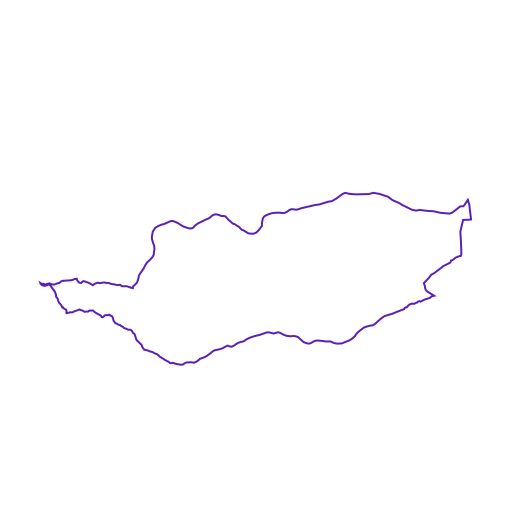 outline of Eftimie Murgu, Caras-Severin, Romania, rotated 112°
{"feature_id": "2599482B78671432327822", "entity_name": "Eftimie Murgu", "entity_type": "district", "adm_level": 2, "iso_a3": "ROU", "parent_name": "Romania", "parent_adm1": "Caras-Severin", "projection": "albers", "projection_center": [22.178, 44.83], "detail": "fine", "context": "isolated", "style": "outline", "palette": "violet", "viewbox_px": 512, "rotation_deg": 112, "n_neighbors": 0, "source": "geoboundaries", "source_scale": "gbopen_adm2", "svg_char_len": 6061}
<svg xmlns="http://www.w3.org/2000/svg" viewBox="0 0 512 512"><g transform="rotate(112 256 256)"><path d="M220.7,88.1L218.3,90.2L211.1,87.4L207.6,86.5L205.5,84.6L200.4,81.5L195.2,78.5L189.3,73.4L187.2,73.4L186.2,72.3L182.4,70.0L179.8,67.2L179.1,66.1L176.9,66.5L172.9,68.2L164.8,71.9L156.8,75.7L144.9,77.5L143.0,72.9L141.6,70.3L128.8,77.3L124.6,80.6L131.0,81.9L132.2,82.5L133.5,85.2L142.3,90.3L144.2,92.5L146.8,101.0L148.1,108.5L149.2,111.6L150.2,114.9L151.1,118.1L151.9,121.4L154.0,124.7L154.7,128.5L153.9,139.5L153.2,143.5L153.1,150.1L151.6,155.7L152.2,165.0L153.5,170.9L156.3,174.6L161.4,186.4L163.3,192.4L164.1,197.0L166.0,198.9L172.9,203.2L176.9,206.4L178.6,209.4L184.5,216.6L186.2,219.7L194.4,231.5L197.5,235.1L198.3,236.7L198.4,237.7L198.7,238.8L199.0,239.8L199.4,240.8L201.5,242.8L202.6,243.3L203.5,243.9L204.4,244.7L205.2,245.5L206.3,247.6L206.8,249.6L207.5,251.6L208.4,253.6L209.3,255.5L210.3,257.1L211.4,258.6L212.6,260.0L213.9,261.3L214.6,262.0L216.5,263.3L218.8,263.7L222.5,263.0L226.1,261.8L231.1,263.2L234.1,264.5L235.8,266.1L236.7,267.6L237.9,271.6L236.9,277.0L237.0,279.1L235.5,282.4L234.5,287.7L234.6,289.6L232.7,295.2L230.7,299.1L230.9,300.1L231.1,301.0L231.4,301.9L231.8,302.8L232.0,307.3L232.6,309.3L234.3,311.4L238.7,313.7L240.9,316.1L247.3,321.8L248.7,322.8L250.1,323.6L251.6,324.3L253.2,324.8L254.6,326.2L255.3,327.9L255.4,328.1L255.7,330.8L255.8,333.5L255.8,335.1L254.8,340.5L254.7,341.3L254.6,343.9L254.7,346.4L255.9,348.5L260.7,353.1L261.9,354.8L262.6,355.6L264.2,357.2L265.1,358.1L267.7,360.0L272.1,360.8L277.0,359.8L279.1,358.9L282.1,356.6L284.9,354.1L288.0,352.6L290.5,352.1L292.9,351.3L295.8,351.6L299.5,353.0L303.1,354.7L306.7,355.3L309.7,355.5L316.2,357.0L318.2,357.2L320.0,356.8L321.8,356.5L323.6,356.4L325.4,356.4L330.7,358.7L331.9,358.2L332.0,358.9L332.3,359.7L332.2,361.6L332.4,362.1L332.3,362.6L332.4,363.8L332.5,364.8L333.4,366.9L333.8,367.6L334.0,368.4L334.2,368.9L334.2,369.4L334.0,370.1L333.7,370.8L333.8,371.6L334.8,373.4L335.1,374.7L335.5,377.1L335.5,377.5L336.2,379.8L336.2,381.2L336.2,382.5L336.6,383.6L337.2,385.4L337.3,386.7L338.0,388.0L339.7,390.6L340.0,392.7L341.4,394.4L342.6,395.4L344.2,396.3L343.6,400.0L343.6,402.0L343.7,403.8L343.6,404.9L344.0,406.3L344.0,406.7L345.1,407.4L346.6,408.0L346.9,409.8L346.7,410.5L346.2,411.6L345.3,412.9L344.2,413.7L344.7,414.4L345.2,415.6L346.2,416.4L347.4,417.8L348.3,419.4L349.6,422.2L351.7,426.4L352.5,427.1L353.3,427.6L354.4,428.0L354.8,428.3L355.1,429.0L355.6,429.7L357.8,432.0L358.5,433.3L358.8,434.6L358.8,437.1L358.9,437.6L359.7,438.6L360.3,439.4L361.0,440.0L361.4,440.7L361.5,441.4L361.4,442.2L361.5,443.0L361.9,443.9L362.0,444.8L361.8,445.9L362.4,445.4L362.9,444.3L363.2,443.3L363.1,442.3L362.9,441.0L362.0,439.5L361.6,439.0L360.7,438.3L359.9,437.3L359.9,437.0L360.3,436.0L361.2,434.3L363.0,431.5L364.1,429.6L365.0,428.6L366.8,427.0L367.3,426.7L368.2,426.3L368.7,426.0L369.5,424.4L370.0,423.8L370.5,423.4L372.1,422.2L373.1,421.2L373.8,419.5L374.7,418.1L375.4,417.1L376.2,416.5L376.2,416.2L375.9,415.7L376.0,415.5L376.5,415.0L376.6,414.6L376.8,413.8L376.8,412.2L377.1,411.7L377.7,411.4L378.2,410.9L379.2,410.8L379.7,410.5L380.0,410.2L378.4,407.9L377.8,407.3L377.2,405.4L376.9,405.0L375.2,403.5L371.6,399.4L371.7,399.2L371.8,398.7L371.6,396.0L371.7,395.4L371.9,394.6L372.0,394.1L371.7,393.7L371.0,392.3L370.6,391.3L370.5,391.0L369.7,390.4L368.8,389.7L368.4,388.4L367.8,387.3L367.6,386.8L367.8,386.2L368.4,384.7L368.7,383.2L369.0,381.1L369.0,380.4L369.3,379.0L369.3,378.1L369.4,377.7L369.7,377.1L370.3,376.3L370.5,376.1L370.3,375.5L369.9,375.0L369.2,374.5L367.9,374.0L367.4,373.7L366.4,371.1L366.2,370.8L365.5,370.3L365.4,370.2L365.4,369.9L365.4,369.5L365.8,368.7L365.7,368.3L365.7,367.4L365.9,366.7L366.3,366.2L366.7,365.8L369.3,363.8L369.7,363.1L370.8,361.5L370.9,361.1L370.9,360.1L371.2,358.3L371.2,357.7L371.0,356.3L371.0,355.8L371.5,354.6L371.5,353.2L371.7,352.5L372.1,351.8L372.2,350.9L372.1,348.8L372.2,347.1L372.1,346.5L371.7,345.5L371.5,344.8L371.5,344.4L371.6,344.0L372.0,342.8L372.8,341.9L373.4,341.1L373.6,340.7L373.7,339.7L373.9,339.4L374.5,338.8L377.4,336.4L378.6,335.3L379.1,334.2L379.9,332.1L381.3,328.8L381.7,328.3L382.6,327.7L383.3,326.9L384.0,325.6L384.8,324.4L384.2,321.5L384.1,320.5L384.2,319.6L384.3,318.4L384.1,318.0L383.9,317.0L383.9,315.1L384.0,314.6L384.2,313.4L384.2,312.3L384.1,311.2L384.1,310.9L384.7,309.2L384.8,308.8L385.4,307.4L385.5,306.4L385.9,304.9L385.9,303.7L386.5,301.8L386.5,300.7L386.8,298.5L386.8,297.5L387.4,295.6L387.4,295.2L386.3,293.2L386.1,292.5L386.1,290.6L385.9,289.2L385.4,287.1L385.3,286.1L385.0,285.2L384.5,284.2L384.2,283.2L383.2,282.6L382.3,282.0L381.5,281.3L380.7,280.5L379.8,278.4L378.8,276.4L378.2,273.6L377.5,272.8L376.4,271.8L375.1,270.8L373.8,270.1L372.3,269.5L371.2,268.1L370.0,266.8L368.7,265.5L367.4,264.4L363.6,262.0L359.8,259.9L358.4,258.3L356.5,255.4L354.3,252.6L353.1,251.7L351.9,250.7L350.7,249.7L349.7,248.6L349.7,247.6L349.7,246.6L349.5,245.6L349.3,244.7L346.8,242.4L345.3,241.6L343.8,240.5L342.5,239.3L339.4,235.2L337.9,234.3L336.5,233.3L335.2,232.2L333.8,230.8L332.3,229.1L330.8,227.3L329.4,225.4L328.1,223.4L323.0,217.6L322.6,217.0L322.2,216.1L321.9,215.1L321.3,210.7L318.4,206.9L318.2,205.1L318.4,203.3L318.6,201.5L318.6,199.7L318.6,197.9L317.6,194.2L316.0,190.9L315.5,188.7L315.4,186.8L318.0,179.6L318.0,178.3L317.9,177.0L317.8,175.7L317.5,174.4L316.6,172.8L313.5,170.4L312.9,169.8L312.1,168.8L311.5,167.7L310.7,165.4L308.9,158.7L308.0,156.8L307.3,154.8L307.5,151.3L306.8,147.7L304.9,143.7L299.0,137.6L298.3,137.1L296.0,135.6L293.6,134.4L292.1,134.1L290.5,133.7L289.1,133.2L287.6,132.5L282.0,129.2L280.5,127.6L279.1,125.8L277.8,124.0L276.7,122.1L274.9,120.5L266.7,116.4L263.6,114.4L258.6,108.1L254.6,104.0L249.7,98.7L249.0,98.7L248.5,98.7L247.6,98.0L247.1,97.0L246.6,96.8L245.2,96.4L243.5,95.5L242.6,94.5L241.9,93.9L241.7,93.0L241.2,92.4L241.2,91.7L240.9,91.3L239.8,90.3L238.8,89.3L237.4,88.6L236.7,87.5L236.7,86.4L234.1,84.1L232.4,82.4L230.0,79.4L227.4,77.8L226.1,75.9L224.8,83.8L224.1,85.5L223.4,86.3L222.6,87.0L221.7,87.6L220.7,88.1Z" fill="none" stroke="#5b21b6" stroke-width="2"/></g></svg>